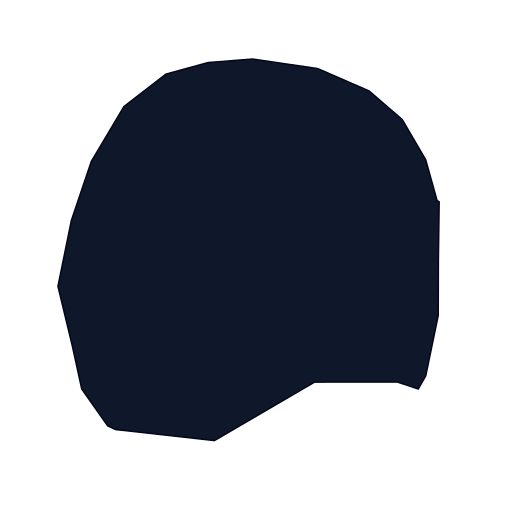 Mongwalu, Orientale, Democratic Republic of the Congo (Mercator projection), rotated 100°
{"feature_id": "63176286B9060730940258", "entity_name": "Mongwalu", "entity_type": "district", "adm_level": 2, "iso_a3": "COD", "parent_name": "Democratic Republic of the Congo", "parent_adm1": "Orientale", "projection": "mercator", "projection_center": [30.235, 1.818], "detail": "fine", "context": "isolated", "style": "filled", "palette": "ink", "viewbox_px": 512, "rotation_deg": 100, "n_neighbors": 0, "source": "geoboundaries", "source_scale": "gbopen_adm2", "svg_char_len": 458}
<svg xmlns="http://www.w3.org/2000/svg" viewBox="0 0 512 512"><g transform="rotate(100 256 256)"><path d="M253.0,444.0L320.2,445.8L376.2,421.4L417.3,404.5L449.1,372.5L451.3,364.0L445.0,264.9L370.0,176.4L355.6,95.0L358.8,73.1L344.5,68.0L282.9,66.2L228.7,75.6L170.9,85.0L169.9,87.3L131.7,105.6L96.2,135.7L73.8,173.3L60.7,227.8L62.6,293.6L73.8,336.8L92.5,376.3L131.7,412.0L191.4,434.6L253.0,444.0Z" fill="#0f172a" stroke="#020617" stroke-width="1.5"/></g></svg>